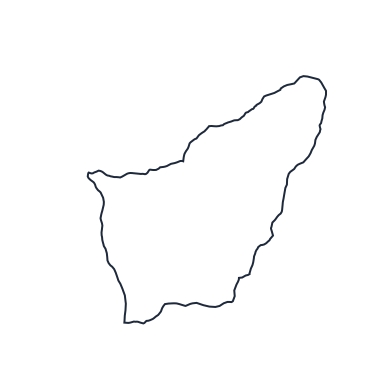 outline of Kanglung, Tashigang, Bhutan, rotated 287°
{"feature_id": "84629894B11515592913322", "entity_name": "Kanglung", "entity_type": "district", "adm_level": 2, "iso_a3": "BTN", "parent_name": "Bhutan", "parent_adm1": "Tashigang", "projection": "robinson", "projection_center": [91.534, 27.281], "detail": "fine", "context": "isolated", "style": "outline", "palette": "slate", "viewbox_px": 384, "rotation_deg": 287, "n_neighbors": 0, "source": "geoboundaries", "source_scale": "gbopen_adm2", "svg_char_len": 4054}
<svg xmlns="http://www.w3.org/2000/svg" viewBox="0 0 384 384"><g transform="rotate(287 192 192)"><path d="M101.0,131.9L99.6,133.1L98.0,135.4L97.2,137.5L95.5,140.1L92.5,142.7L88.5,145.6L85.8,147.5L83.3,150.3L79.2,153.7L73.5,158.0L65.8,161.4L59.3,163.0L54.0,163.9L49.6,165.0L47.3,165.5L47.7,167.3L48.2,169.4L48.7,170.5L49.4,171.7L51.1,174.3L51.4,175.9L51.9,177.2L52.1,178.3L52.0,181.0L52.1,183.9L52.9,184.8L53.9,185.3L55.4,186.1L56.2,188.0L57.2,189.4L59.1,191.6L60.4,192.6L62.3,193.8L64.5,195.6L65.2,195.9L66.2,196.3L68.0,197.0L68.7,197.2L69.5,197.3L70.7,197.3L72.6,197.5L74.6,198.0L76.9,198.9L78.5,202.3L80.3,207.3L80.9,209.6L81.0,210.4L81.1,212.6L81.1,214.7L81.1,218.2L81.2,219.2L84.5,223.1L85.7,225.1L87.3,228.8L87.1,236.0L87.4,240.6L87.5,242.1L88.9,248.0L91.1,251.7L94.9,254.9L97.2,258.0L97.7,259.5L98.3,262.0L99.5,263.0L104.9,263.3L110.2,261.2L116.5,261.6L119.6,262.2L121.9,262.4L123.6,262.0L124.9,265.0L127.8,267.7L129.1,269.9L130.4,271.1L131.1,270.8L135.9,270.7L139.8,271.2L142.5,271.1L143.4,271.0L147.0,270.5L148.3,270.2L149.0,270.2L151.6,270.4L153.5,270.3L155.4,270.6L157.2,271.3L158.4,271.3L160.3,272.5L161.4,273.4L161.8,274.5L162.9,276.3L164.8,278.0L166.8,279.1L168.5,280.2L169.9,280.4L174.0,282.2L177.9,279.7L180.0,278.3L180.8,278.1L181.7,278.2L186.3,277.8L188.0,278.7L188.9,279.2L190.0,279.7L193.3,280.8L195.3,281.7L197.3,283.1L199.4,283.6L201.3,283.4L205.2,282.6L206.2,282.4L207.1,282.2L209.0,281.8L212.2,281.5L216.0,281.0L223.2,280.1L226.8,280.6L232.2,279.2L237.7,279.2L240.0,280.1L243.9,283.0L246.7,283.8L248.1,284.6L248.9,285.1L250.4,286.7L252.9,289.8L254.0,290.3L256.2,291.3L260.2,293.2L263.7,294.0L265.9,294.2L267.1,294.3L272.0,295.4L274.4,295.4L277.9,294.8L281.1,295.2L283.6,295.9L286.5,296.7L288.6,296.5L289.7,296.5L291.2,295.5L292.9,294.6L293.8,294.6L295.6,295.3L297.9,295.1L300.4,295.1L303.7,294.4L306.4,294.4L309.3,294.7L312.0,294.5L313.4,293.5L315.1,292.6L317.0,291.7L321.8,291.9L324.2,291.7L327.9,290.6L330.0,288.3L334.5,283.6L336.5,280.7L336.7,279.5L336.2,268.7L335.4,264.7L333.2,261.7L325.7,258.1L324.2,255.5L322.2,251.8L319.8,248.9L316.9,246.6L315.5,246.6L314.1,245.1L311.8,242.8L310.8,241.8L305.9,234.7L304.4,233.0L301.4,232.2L298.6,231.9L296.7,230.7L294.1,228.2L293.4,228.2L292.4,227.3L291.5,226.8L290.3,226.6L289.4,226.2L288.7,225.1L287.7,224.3L287.0,223.8L286.2,223.1L284.8,222.2L283.8,220.6L283.1,220.1L280.0,219.3L278.2,217.9L277.4,217.4L275.6,216.4L274.1,214.8L273.5,213.1L272.9,211.5L271.8,210.0L271.1,209.2L269.5,206.8L268.9,205.9L268.0,204.9L267.5,204.2L266.4,202.9L265.6,202.4L264.9,202.0L264.1,200.3L263.0,198.7L261.9,196.0L261.3,193.6L261.0,192.1L260.7,191.0L260.4,190.3L260.0,189.1L259.2,188.8L257.4,188.0L256.0,187.4L254.8,186.7L253.8,186.3L251.6,184.4L250.3,183.4L248.3,182.0L247.2,181.6L246.3,181.3L244.4,180.6L243.7,179.6L243.1,179.0L242.5,178.5L239.4,176.3L238.7,175.9L237.8,175.5L236.4,175.5L235.7,175.5L234.4,175.5L232.3,175.3L229.3,174.3L226.5,173.7L225.1,173.7L222.9,173.9L218.8,174.6L218.8,173.6L218.6,172.8L218.2,171.7L216.0,169.0L214.6,167.0L212.8,163.7L212.0,162.9L209.5,160.4L208.4,158.8L207.6,157.3L206.3,154.3L204.6,153.3L202.6,151.2L201.7,148.6L201.1,145.3L200.3,144.6L198.8,144.2L197.4,143.8L196.0,142.9L195.3,141.9L195.0,139.6L194.3,137.8L193.9,135.7L192.8,130.3L192.6,129.2L192.1,127.3L191.3,125.7L190.5,124.6L186.4,120.8L184.9,119.1L184.7,117.7L184.3,115.8L183.6,113.5L183.5,112.6L183.4,111.2L183.2,109.5L183.3,108.0L183.1,106.6L183.2,105.3L183.8,103.6L184.9,100.9L185.2,99.7L185.3,98.6L185.3,97.8L185.1,96.4L183.6,94.8L182.1,92.8L180.9,91.7L180.4,90.6L180.3,89.4L180.4,87.6L179.7,87.3L177.8,87.5L176.3,87.8L175.0,89.1L173.8,91.5L172.8,94.4L172.3,95.5L170.8,97.1L168.7,98.5L167.7,99.6L166.2,101.7L165.6,103.3L164.8,104.8L162.9,106.5L160.5,108.7L156.8,110.6L154.0,111.3L150.9,111.5L147.6,111.7L145.9,111.7L144.0,111.8L140.2,112.2L138.7,113.0L135.7,115.1L133.7,116.1L130.4,116.7L126.9,117.3L124.3,118.2L122.5,119.2L120.0,120.2L117.8,121.5L115.8,122.8L114.8,123.3L114.0,124.1L112.4,125.9L108.6,128.4L104.9,130.0L101.8,131.2L101.0,131.9Z" fill="none" stroke="#1e293b" stroke-width="2"/></g></svg>